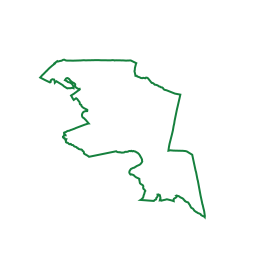 Voineasa, Olt, Romania, rotated 196°
{"feature_id": "2599482B32059299735801", "entity_name": "Voineasa", "entity_type": "district", "adm_level": 2, "iso_a3": "ROU", "parent_name": "Romania", "parent_adm1": "Olt", "projection": "robinson", "projection_center": [24.151, 44.294], "detail": "fine", "context": "isolated", "style": "outline", "palette": "green", "viewbox_px": 256, "rotation_deg": 196, "n_neighbors": 0, "source": "geoboundaries", "source_scale": "gbopen_adm2", "svg_char_len": 5704}
<svg xmlns="http://www.w3.org/2000/svg" viewBox="0 0 256 256"><g transform="rotate(196 128 128)"><path d="M137.9,192.6L144.0,193.7L148.6,192.2L151.5,191.6L152.7,191.2L154.1,190.9L158.1,189.8L159.2,189.4L159.5,189.2L160.0,189.3L161.8,188.9L163.2,188.3L172.9,185.6L175.2,185.1L178.2,184.2L180.1,183.6L182.7,182.8L187.6,181.3L189.1,181.0L191.8,180.0L199.0,177.7L205.2,176.0L206.3,175.8L208.2,176.1L209.2,175.6L210.0,174.8L210.3,174.4L211.8,173.7L213.8,172.5L214.4,172.8L216.5,169.9L216.1,169.7L218.0,167.1L219.5,164.8L220.4,163.4L220.9,162.3L221.2,162.0L221.8,160.6L222.3,160.0L222.8,158.9L223.0,158.6L224.4,156.0L224.8,155.5L226.3,152.3L220.9,151.2L215.6,150.3L215.1,150.7L215.0,151.2L215.1,151.4L215.4,152.3L215.4,152.5L215.1,152.9L214.2,154.0L212.4,154.2L211.5,153.0L211.2,152.3L210.8,151.3L209.7,153.2L204.7,151.8L203.2,151.4L202.5,151.2L201.3,150.5L197.5,149.4L197.2,149.4L197.1,149.6L193.9,150.5L193.6,150.8L193.0,151.1L192.7,151.2L192.2,151.2L192.0,151.3L191.5,151.2L191.3,151.2L191.6,152.0L192.1,153.1L192.7,153.8L193.5,154.5L194.4,155.1L195.4,155.4L196.6,155.7L198.5,155.6L199.6,156.2L201.8,156.6L201.6,157.2L201.3,158.2L201.1,158.6L200.3,159.2L199.7,159.4L199.2,159.1L198.3,159.0L196.3,157.6L194.6,156.8L193.6,156.5L192.6,156.4L191.1,155.7L190.8,155.5L190.6,154.3L190.3,153.7L190.5,153.6L189.8,153.0L189.1,152.6L187.5,152.1L186.0,151.9L185.7,152.0L185.3,152.3L185.0,151.8L185.2,151.4L186.9,149.4L187.5,148.5L188.8,146.9L189.0,146.5L191.7,143.5L191.0,142.9L189.1,141.0L187.9,140.0L186.1,142.3L185.9,142.3L184.6,141.7L183.4,140.7L181.9,139.7L181.3,138.9L181.2,138.6L181.1,138.2L180.9,137.8L180.4,137.5L179.5,137.4L179.1,137.1L179.0,136.7L178.8,136.4L178.5,136.1L178.0,135.8L177.0,135.3L175.6,134.9L172.3,134.3L172.1,134.2L172.0,133.9L171.9,133.0L173.5,132.5L174.0,132.2L174.8,131.6L175.5,130.7L175.7,130.1L175.9,129.1L175.9,128.0L175.7,127.4L175.3,126.6L174.6,125.8L174.2,125.6L172.7,125.2L171.8,124.5L171.3,124.4L167.0,121.5L167.5,121.3L170.6,119.2L178.1,113.6L178.8,113.0L179.3,112.5L179.7,112.3L181.8,110.7L182.2,110.5L183.9,109.1L184.9,108.7L185.9,107.9L186.5,107.1L187.3,106.6L188.1,106.0L188.2,105.7L187.9,105.2L187.8,104.9L186.3,104.2L186.1,104.0L186.0,103.8L186.8,103.6L187.2,103.6L187.5,103.4L187.6,102.1L187.7,101.9L188.1,101.7L188.0,101.3L187.6,100.9L186.6,100.7L186.2,100.8L186.1,100.7L186.4,100.6L186.3,100.3L185.8,100.1L185.4,100.0L184.8,100.0L184.2,100.2L184.2,99.8L184.3,99.5L184.6,99.3L184.7,99.1L184.6,98.9L184.2,98.8L183.9,97.6L183.6,97.2L182.9,97.0L182.1,97.2L181.3,96.9L180.1,96.3L179.6,96.3L178.8,96.9L178.3,96.8L177.7,96.2L176.8,96.3L176.0,96.4L175.6,96.2L175.0,95.7L174.5,95.5L172.2,95.4L171.4,94.8L170.9,94.7L170.2,94.7L169.8,94.3L169.5,94.2L167.4,94.3L166.8,94.5L166.5,94.4L166.2,94.3L165.8,94.0L165.3,93.4L164.6,93.3L164.3,93.2L163.7,92.5L163.4,91.5L162.8,91.1L162.0,90.9L161.4,90.9L160.6,90.5L159.6,90.4L158.3,89.9L157.9,89.9L157.5,89.6L133.3,102.2L132.9,102.4L131.9,102.0L130.7,102.0L129.8,102.4L129.0,102.3L128.4,102.6L127.6,102.5L126.9,102.7L125.3,103.3L124.6,103.8L124.3,104.2L124.2,104.3L123.6,104.5L123.0,104.6L122.2,105.0L121.7,105.1L120.9,105.9L120.5,106.2L120.3,106.3L119.5,106.4L118.9,106.5L118.7,106.9L118.5,107.0L117.9,107.0L117.3,106.8L117.1,106.9L116.4,107.4L115.2,107.3L114.3,107.4L113.7,107.2L113.1,106.9L112.2,106.9L111.5,106.6L111.0,106.3L110.2,105.9L109.1,105.0L108.7,104.7L108.3,104.0L107.4,103.4L106.6,102.4L106.0,101.8L105.8,101.5L105.7,100.9L105.3,100.2L105.1,99.9L105.1,99.6L105.3,98.6L105.9,97.1L106.7,95.9L107.5,95.2L109.3,93.7L109.5,93.3L110.1,92.8L110.9,91.7L112.0,91.1L113.7,89.6L113.9,89.4L114.6,87.4L114.6,85.9L114.2,85.2L114.0,84.9L112.9,84.0L112.6,83.9L112.3,84.0L111.9,84.4L111.7,84.4L109.6,84.3L108.7,83.7L107.8,83.3L107.0,83.0L106.5,82.8L103.6,82.4L103.0,82.2L102.9,82.0L103.0,81.6L102.9,81.2L102.3,80.4L102.1,79.8L101.4,78.4L101.1,78.1L100.0,77.6L98.3,77.2L97.9,77.0L97.4,76.5L97.2,76.2L97.1,75.7L97.0,74.8L96.5,73.9L96.1,73.6L95.3,73.4L94.4,72.6L94.0,72.3L94.3,71.3L94.2,69.2L94.4,67.5L94.3,66.3L94.3,65.3L94.5,64.9L95.3,63.2L96.1,62.3L83.1,65.0L82.5,66.1L82.0,66.6L81.6,66.8L81.3,67.3L81.5,68.5L81.1,69.2L81.0,69.4L80.9,69.7L80.8,70.6L80.8,71.4L81.1,71.7L81.3,72.1L80.4,72.5L80.2,72.2L79.5,71.8L79.0,72.2L78.6,71.7L77.5,69.7L77.5,69.4L77.3,68.8L77.6,68.5L77.5,67.3L76.6,67.9L76.0,67.3L73.6,68.7L72.6,69.2L71.0,70.2L66.3,70.4L63.9,70.3L64.2,71.0L64.5,71.5L64.5,71.9L64.3,72.3L64.3,72.7L62.4,74.8L62.4,76.0L62.5,76.2L62.9,76.3L62.7,76.5L60.8,76.4L60.5,76.5L58.8,75.9L58.5,75.7L57.7,75.7L57.0,75.5L56.4,75.5L55.6,75.2L55.0,74.7L54.7,74.7L54.2,74.2L53.6,73.8L53.3,73.8L53.2,73.5L53.0,73.4L52.4,73.3L51.8,73.1L51.5,73.1L49.6,73.0L48.1,71.6L47.2,70.9L46.4,69.9L45.4,68.9L45.0,68.7L43.5,68.4L42.4,67.7L41.6,66.9L41.2,66.7L39.6,66.2L39.3,66.0L38.6,66.0L37.8,65.6L37.1,65.5L35.4,65.4L35.1,65.3L34.3,65.1L34.2,65.0L33.8,64.5L33.5,64.4L31.8,64.0L30.8,63.9L30.0,63.7L29.7,63.5L29.9,64.6L31.8,68.9L32.8,70.7L33.4,71.7L35.1,74.8L35.4,75.1L36.7,77.6L39.6,83.0L46.4,96.7L47.0,97.6L50.4,104.3L51.3,105.7L56.2,114.9L58.9,120.0L63.3,121.2L64.5,121.6L66.1,121.7L68.9,121.2L78.1,118.8L81.3,118.2L82.5,117.5L82.9,117.3L83.4,121.0L83.7,124.2L84.0,134.1L84.2,138.2L84.7,142.5L84.8,144.8L85.2,147.9L86.1,159.4L86.2,162.0L86.7,171.4L86.9,174.5L92.4,174.0L101.4,174.9L103.0,174.8L103.9,174.9L104.9,175.5L105.5,176.1L106.4,176.4L107.5,176.2L108.7,176.6L109.6,176.5L110.8,177.0L112.0,177.2L113.3,177.2L114.3,177.0L115.0,177.4L115.4,177.7L116.4,178.0L117.1,178.1L117.7,177.9L122.5,181.3L123.8,181.6L124.7,181.3L125.0,180.6L127.3,180.4L127.8,179.9L129.3,179.6L130.6,179.9L133.5,180.1L134.0,180.6L135.2,180.2L136.3,182.4L137.4,184.3L137.5,184.7L137.4,185.0L137.5,185.7L137.9,187.7L138.0,191.6L137.9,192.6Z" fill="none" stroke="#15803d" stroke-width="2"/></g></svg>